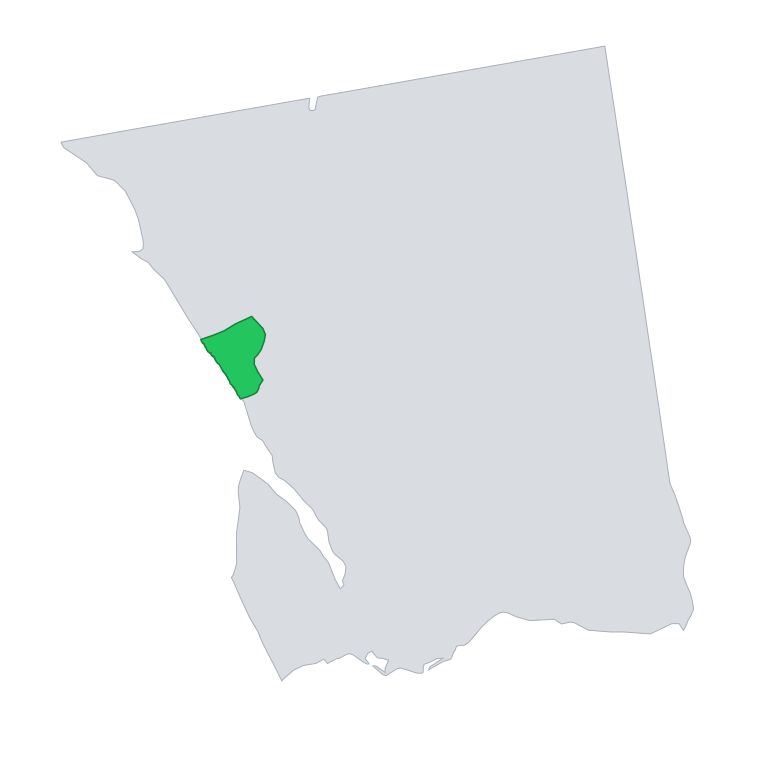 Qusir, Al Bahr al Ahmar, Egypt (highlighted), rotated 170°
{"feature_id": "37247803B34734253794751", "entity_name": "Qusir", "entity_type": "district", "adm_level": 2, "iso_a3": "EGY", "parent_name": "Egypt", "parent_adm1": "Al Bahr al Ahmar", "projection": "equal_earth", "projection_center": [34.284, 25.954], "detail": "fine", "context": "in_parent", "style": "filled", "palette": "green", "viewbox_px": 768, "rotation_deg": 170, "n_neighbors": 0, "source": "geoboundaries", "source_scale": "gbopen_adm2", "svg_char_len": 6167}
<svg xmlns="http://www.w3.org/2000/svg" viewBox="0 0 768 768"><g transform="rotate(170 384 384)"><path d="M660.1,678.3L644.8,678.3L629.6,678.3L614.4,678.3L599.1,678.4L583.9,678.4L568.7,678.4L553.4,678.4L538.2,678.4L523.0,678.4L507.7,678.4L492.5,678.4L477.3,678.4L462.0,678.4L446.8,678.4L431.5,678.4L416.3,678.4L407.6,678.4L409.1,672.9L410.1,668.9L409.1,666.2L406.1,665.5L404.2,666.4L399.6,678.0L397.2,678.5L391.7,678.5L374.0,678.4L356.3,678.4L338.5,678.4L320.8,678.4L303.0,678.4L285.3,678.4L267.6,678.4L249.8,678.4L232.1,678.4L214.4,678.4L196.6,678.4L178.9,678.4L161.1,678.4L143.4,678.4L125.7,678.4L107.9,678.4L108.2,664.4L108.6,650.4L108.9,636.5L109.2,622.5L109.5,608.6L109.9,594.7L110.2,580.8L110.6,566.9L110.9,553.0L111.2,539.1L111.6,525.3L112.0,511.4L112.3,497.6L112.7,483.8L113.0,470.0L113.4,456.2L113.8,442.4L114.1,428.7L114.5,414.9L114.9,401.2L115.3,387.5L115.7,373.8L116.0,360.1L116.4,346.4L116.8,332.8L117.2,319.1L117.6,305.5L118.0,291.9L118.4,278.3L118.8,264.7L119.3,251.2L119.7,237.6L119.4,235.1L117.1,225.9L115.2,214.2L113.2,199.9L113.0,195.3L109.4,180.5L109.1,176.4L110.3,173.4L117.5,161.0L119.7,155.0L121.7,147.8L122.4,141.9L120.7,133.0L118.7,124.9L118.1,116.7L118.1,108.6L121.7,103.1L126.0,97.9L127.7,94.8L130.3,91.2L132.0,89.5L135.1,96.8L142.1,98.0L165.1,91.6L190.2,98.0L204.0,100.5L225.3,106.0L238.1,115.9L241.7,117.1L251.1,116.9L257.1,122.8L281.5,125.6L294.5,132.0L301.8,137.1L306.3,138.7L310.2,138.4L315.6,136.5L322.3,132.9L329.7,127.9L345.1,115.0L350.5,112.7L354.0,113.3L358.2,113.2L360.0,109.7L362.3,107.3L363.8,104.6L366.1,101.3L374.0,100.4L389.8,94.8L388.0,97.4L373.6,103.7L379.7,104.5L386.0,102.3L393.2,101.0L394.5,98.3L395.5,93.3L396.9,92.6L401.9,93.6L416.6,101.3L420.2,101.4L430.7,97.2L432.9,96.3L436.3,98.6L443.9,108.2L441.2,108.0L433.0,99.8L432.3,103.9L427.5,111.1L433.3,114.2L438.1,115.4L440.6,119.4L442.2,123.0L446.9,121.5L450.3,116.6L448.6,113.9L447.4,111.0L449.0,111.0L452.2,113.3L461.5,122.6L464.7,124.5L468.3,124.1L475.9,121.5L478.0,121.9L488.3,118.5L489.5,121.0L491.1,123.5L499.4,120.7L512.3,120.8L522.9,117.8L535.1,110.4L536.1,109.3L536.7,111.1L538.2,116.1L541.9,128.9L545.2,138.8L549.2,152.7L550.4,158.0L551.0,161.7L556.8,176.9L560.2,189.5L562.8,199.7L566.4,214.6L567.9,219.8L565.4,222.5L560.4,232.3L555.0,263.2L547.3,287.4L546.4,302.6L545.2,308.1L541.5,315.8L537.0,323.4L529.1,319.5L516.2,306.2L508.6,293.6L500.6,285.5L493.0,274.7L491.0,267.0L491.1,262.0L487.8,249.9L485.3,244.2L476.1,231.3L473.5,224.5L471.5,221.5L469.5,217.2L466.2,200.5L462.6,190.0L458.4,192.9L459.1,197.3L455.4,203.5L453.2,210.6L454.8,216.4L462.4,225.3L463.9,229.2L465.6,237.6L465.2,249.1L466.4,253.0L472.1,261.5L474.1,266.5L475.3,270.9L477.2,274.9L482.8,282.3L490.9,296.5L498.5,306.0L504.1,310.6L506.5,315.3L507.0,327.2L506.5,332.9L511.4,343.7L513.2,349.1L518.0,353.6L520.1,358.6L522.1,366.9L525.1,391.3L529.2,397.3L542.0,429.5L552.8,449.9L558.1,465.2L566.1,483.8L581.8,524.7L591.2,537.4L595.0,544.5L601.8,550.0L609.1,557.9L602.1,557.1L600.4,557.6L597.9,559.0L596.7,563.8L596.3,567.7L597.2,588.5L599.1,599.2L605.4,619.3L610.0,625.4L612.3,629.3L615.4,632.1L630.1,639.0L638.7,653.6L658.1,672.1L660.0,677.2L660.1,678.3Z" fill="#d9dde1" stroke="#a8b0b8" stroke-width="1"/><path d="M556.4,459.7L556.1,459.6L556.4,459.5L556.6,459.5L556.6,459.3L556.5,458.8L556.5,458.1L556.3,457.5L556.1,457.0L555.9,456.6L555.7,456.0L555.6,455.7L555.4,455.5L555.3,455.4L555.2,455.3L555.0,455.5L554.9,455.4L555.0,455.3L554.9,454.9L554.6,454.6L554.5,454.4L554.4,454.2L554.3,454.3L554.1,454.3L554.2,454.1L554.1,453.8L553.9,453.3L554.0,453.0L553.9,452.8L553.7,452.3L553.7,452.1L553.7,451.9L553.8,451.8L553.8,451.6L553.4,451.4L553.2,451.1L553.1,450.9L553.0,450.6L552.9,450.3L552.8,449.9L552.9,449.7L553.0,449.5L552.9,449.2L552.7,448.8L552.7,448.6L552.6,448.3L552.6,448.1L552.3,447.9L552.0,447.3L552.0,447.1L551.9,446.8L551.9,446.6L551.8,446.3L551.3,446.1L551.1,445.8L550.7,445.1L550.3,444.8L549.9,444.6L549.7,444.3L549.6,444.1L549.4,444.2L549.5,444.0L549.5,443.8L549.3,443.4L549.0,442.6L548.7,442.2L548.6,441.7L548.4,441.6L548.2,441.5L548.1,441.2L547.9,441.0L547.4,441.2L547.2,441.0L547.1,440.8L546.9,440.5L546.8,440.4L546.7,440.1L546.6,439.9L546.5,439.5L546.4,439.3L546.4,439.1L546.1,439.1L546.1,438.9L546.3,438.7L546.2,438.5L546.0,437.9L546.0,437.5L545.9,437.2L546.0,436.9L545.9,436.6L545.7,436.3L545.4,435.4L545.2,435.1L545.1,434.7L544.8,434.4L544.6,433.9L544.4,433.4L544.2,433.1L543.8,432.8L543.5,432.7L543.2,432.5L543.0,432.2L542.8,431.7L542.6,431.4L542.5,430.9L542.3,430.5L542.1,429.9L542.0,429.5L541.8,428.9L541.7,428.5L541.6,428.1L541.6,427.8L541.6,427.5L541.5,427.1L541.3,426.7L541.1,426.4L540.9,426.1L540.6,425.6L540.3,425.2L540.2,425.1L540.1,424.9L540.1,424.6L540.3,424.5L540.3,424.2L540.1,423.7L539.8,423.6L539.7,423.4L539.5,423.2L539.4,422.8L539.3,422.4L539.1,422.0L539.0,421.9L538.8,421.9L538.6,421.7L538.4,421.5L538.3,421.3L538.3,421.1L538.2,420.8L538.1,420.4L538.1,420.1L537.9,419.7L537.6,418.9L537.4,418.8L537.3,418.6L537.2,418.5L537.1,418.4L537.0,418.1L537.0,417.8L536.9,417.4L536.9,417.0L536.7,416.1L536.5,415.9L536.4,415.6L536.4,415.4L536.5,415.3L536.5,415.2L536.4,415.0L536.1,414.6L535.8,414.2L535.7,414.0L535.6,413.7L535.6,413.1L535.6,412.6L535.7,412.2L535.6,411.9L535.4,411.4L535.3,410.9L535.1,410.6L535.0,410.4L534.8,410.1L534.7,410.0L534.2,409.7L534.0,409.2L533.9,409.1L533.8,408.8L533.6,408.5L533.4,408.3L533.3,408.1L533.2,407.9L533.1,407.7L533.1,407.3L532.8,407.2L532.9,406.8L532.9,406.7L532.7,406.7L532.4,406.6L532.5,406.4L532.4,406.3L532.1,405.9L532.0,405.4L531.9,405.1L531.8,404.8L531.6,404.3L531.4,403.9L531.3,403.7L531.2,403.7L531.0,402.9L530.8,402.3L530.8,401.8L530.7,401.3L530.6,400.9L530.5,400.6L530.4,400.2L530.4,399.9L530.4,399.7L530.3,399.4L530.0,398.9L529.7,398.4L529.6,398.2L529.6,397.9L529.3,397.6L529.1,397.4L528.9,397.1L528.8,396.7L528.7,396.3L528.6,395.8L528.5,395.7L528.5,395.4L528.3,395.2L528.1,394.5L528.0,394.3L520.4,395.1L513.6,396.7L510.6,398.0L508.2,401.2L507.0,404.1L502.5,409.0L502.7,409.4L506.2,418.0L508.3,425.8L508.4,426.0L508.3,426.3L507.1,432.0L503.4,434.7L499.0,439.2L494.5,447.0L492.2,453.4L493.6,459.6L502.6,473.5L519.8,469.0L532.3,464.1L543.5,461.7L556.4,459.7Z" fill="#22c55e" stroke="#15803d" stroke-width="1.5"/></g></svg>